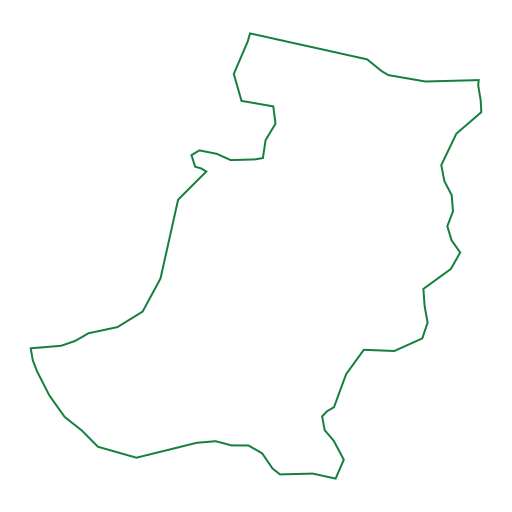 the Province of Sakarya
{"feature_id": "TUR-2267", "entity_name": "Sakarya", "entity_type": "Province", "adm_level": 1, "iso_a3": "TUR", "parent_name": "Turkey", "parent_adm1": "", "projection": "robinson", "projection_center": [30.503, 40.751], "detail": "fine", "context": "isolated", "style": "outline", "palette": "green", "viewbox_px": 512, "rotation_deg": 0, "n_neighbors": 0, "source": "natural_earth", "source_scale": "10m", "svg_char_len": 959}
<svg xmlns="http://www.w3.org/2000/svg" viewBox="0 0 512 512"><path d="M250.0,33.4L367.2,59.4L381.6,71.1L388.4,75.1L425.4,81.5L478.7,80.1L478.2,85.3L480.7,100.5L481.3,112.2L456.4,133.6L441.3,165.1L444.4,181.2L451.7,195.2L453.0,211.3L447.3,226.2L451.6,240.4L460.2,252.5L450.9,268.9L423.4,288.9L424.6,306.0L427.6,322.6L422.3,338.4L394.3,351.0L363.8,349.8L346.1,374.2L334.0,407.2L327.2,411.1L322.1,416.4L324.7,430.2L333.7,440.7L343.8,459.7L335.6,478.6L312.8,473.6L280.0,474.4L272.5,468.5L262.2,453.4L248.5,445.5L231.6,445.4L215.6,441.2L196.8,442.8L136.4,457.7L98.0,446.8L81.9,430.6L64.7,417.0L49.2,395.2L37.1,371.4L32.8,360.3L30.7,348.3L61.0,345.8L75.2,340.9L88.6,333.2L117.4,327.1L142.6,311.6L160.5,278.5L178.1,199.7L206.3,171.5L201.1,168.4L195.1,166.7L191.5,155.1L199.4,150.4L216.7,153.8L230.7,160.1L255.1,159.4L262.9,158.0L265.6,140.1L275.5,123.7L273.3,106.4L241.5,100.9L233.8,73.9L247.8,41.3L250.0,33.4Z" fill="none" stroke="#15803d" stroke-width="2"/></svg>